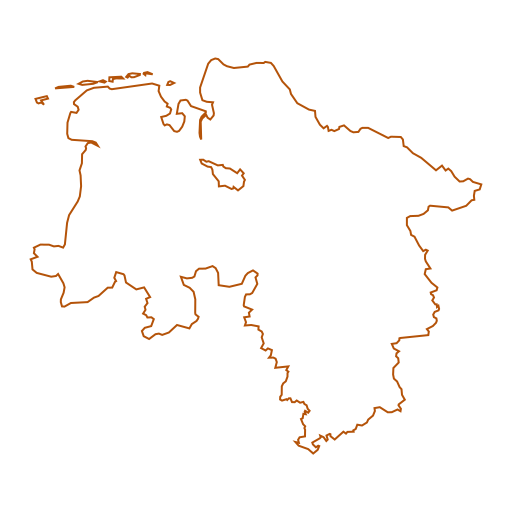 an SVG outline of Niedersachsen
{"feature_id": "DEU-1576", "entity_name": "Niedersachsen", "entity_type": "State", "adm_level": 1, "iso_a3": "DEU", "parent_name": "Germany", "parent_adm1": "", "projection": "albers", "projection_center": [9.302, 52.591], "detail": "fine", "context": "isolated", "style": "outline", "palette": "amber", "viewbox_px": 512, "rotation_deg": 0, "n_neighbors": 0, "source": "natural_earth", "source_scale": "10m", "svg_char_len": 5972}
<svg xmlns="http://www.w3.org/2000/svg" viewBox="0 0 512 512"><path d="M69.1,215.1L77.7,201.5L79.8,196.5L81.1,186.2L80.6,175.4L79.5,170.4L81.9,163.3L82.1,154.2L85.7,150.0L86.1,148.2L85.5,146.5L87.8,143.1L91.2,142.5L97.9,145.9L95.8,142.6L92.3,141.2L71.7,139.8L68.4,138.1L67.2,133.8L67.5,122.6L70.3,113.2L71.1,111.9L76.5,112.9L78.6,109.8L77.7,106.7L74.0,104.1L73.9,102.1L75.2,100.4L86.8,90.4L93.9,87.8L107.8,86.6L109.7,88.6L111.8,89.2L152.1,83.5L159.3,85.7L158.6,91.1L161.0,96.7L164.6,101.5L167.6,103.7L166.8,106.5L170.2,107.8L171.2,109.4L170.0,113.5L166.3,115.8L161.2,117.0L163.5,124.0L164.7,125.4L166.9,124.4L169.5,125.1L174.2,131.1L177.0,131.8L179.1,130.9L182.2,126.7L184.3,121.5L184.8,116.3L182.2,113.2L176.8,113.8L178.5,103.9L180.5,100.5L185.8,99.8L187.5,100.6L191.0,106.1L205.8,111.3L205.8,112.5L201.6,116.7L200.1,120.0L199.5,132.9L200.0,136.6L201.2,139.5L200.7,121.7L202.2,118.5L206.2,114.9L207.6,117.7L210.3,119.5L213.6,115.5L213.9,113.2L212.0,104.7L213.0,102.3L206.8,101.8L202.4,100.2L200.1,92.6L200.1,87.5L208.2,63.7L211.2,60.1L215.2,58.5L218.2,59.1L223.5,64.4L226.9,66.2L233.9,68.0L247.8,66.6L249.5,64.6L256.6,62.9L263.7,63.0L265.2,61.9L270.9,62.9L273.7,66.0L282.4,81.5L289.8,89.4L291.0,94.0L297.3,103.2L309.0,109.6L315.0,110.9L315.5,116.9L319.9,124.7L323.6,128.3L327.0,125.9L327.9,127.0L328.6,130.9L331.5,129.8L334.3,131.1L339.0,129.0L339.4,126.9L344.0,125.4L350.4,131.0L353.4,132.3L358.4,131.9L360.5,128.8L362.3,127.9L368.2,127.9L388.2,138.0L391.0,136.7L400.8,137.0L402.9,139.5L403.7,146.1L407.0,147.3L412.9,153.2L421.3,157.9L436.0,170.3L442.0,165.6L445.6,170.5L448.3,168.6L451.2,171.1L454.6,176.7L459.6,181.5L463.2,181.3L468.0,178.6L470.1,179.2L472.9,181.9L481.3,184.4L479.7,189.4L474.7,190.9L473.9,195.8L474.3,199.8L471.6,200.3L466.2,205.8L452.1,210.6L448.3,207.4L430.1,205.7L428.6,206.7L427.9,210.3L423.6,213.9L418.5,215.8L410.2,216.1L406.9,217.9L406.9,225.2L410.4,231.0L411.1,234.9L414.5,236.7L419.1,245.5L423.2,251.1L425.8,249.7L427.7,250.6L425.1,254.8L425.0,258.8L425.8,261.4L430.4,268.5L425.8,269.2L424.7,274.1L431.5,282.8L437.4,287.5L436.6,290.3L430.7,292.5L431.1,294.2L433.0,295.2L434.0,297.5L432.3,300.4L435.2,304.3L436.7,304.3L437.0,307.0L438.4,305.8L439.1,308.9L438.5,310.4L434.7,311.9L433.2,314.6L433.9,317.1L436.4,318.4L436.8,320.8L436.0,322.8L432.9,326.0L426.9,329.1L428.8,331.5L428.3,335.1L400.2,338.0L399.4,338.3L399.3,340.3L396.6,343.2L391.8,343.9L393.8,348.5L399.0,351.3L396.5,353.4L396.1,356.3L398.2,358.2L398.7,362.5L393.4,368.0L393.1,374.5L393.9,378.6L397.1,381.5L399.6,387.1L401.5,389.2L402.0,394.8L404.8,399.7L398.7,404.4L398.5,405.3L400.9,408.8L400.5,411.2L397.5,409.5L391.8,412.2L387.8,412.3L379.8,407.2L374.5,408.1L374.9,411.0L373.0,415.6L368.2,419.6L366.9,422.5L362.0,425.5L357.3,424.7L355.7,429.0L353.3,430.4L353.6,431.7L347.4,431.9L346.0,433.6L343.4,431.7L334.7,439.5L330.5,436.2L330.4,434.2L329.7,433.9L326.5,435.5L327.7,439.6L326.3,441.0L323.6,437.2L320.2,435.6L320.7,437.3L319.8,438.3L312.3,442.6L312.9,444.4L315.9,447.3L318.2,445.7L319.2,446.1L317.7,449.8L313.2,453.5L308.2,449.1L298.7,445.7L295.4,442.0L298.9,442.8L298.1,439.8L299.6,437.3L305.0,436.4L305.1,429.7L304.4,428.1L305.2,426.3L303.1,424.2L301.0,419.0L302.7,418.2L303.4,413.8L305.7,414.2L304.7,411.7L305.1,410.8L308.2,412.7L309.6,410.8L307.7,408.8L306.6,405.3L304.4,404.0L303.4,401.9L300.1,402.7L296.7,400.5L294.7,402.2L292.0,402.1L290.4,398.3L288.9,398.3L287.2,400.0L286.4,399.2L282.0,400.6L280.1,399.5L280.2,396.8L281.7,394.8L281.8,386.3L283.2,383.4L285.8,381.3L287.5,376.6L287.5,373.1L288.4,371.7L286.3,370.1L288.3,366.4L275.3,367.8L276.8,362.1L275.6,358.7L273.4,357.6L269.0,357.7L270.8,355.4L271.9,350.1L267.9,348.4L265.6,350.5L261.1,348.1L263.7,343.4L261.7,337.3L262.9,334.0L261.7,331.5L258.4,329.6L258.6,326.4L251.2,325.0L244.9,325.5L246.0,322.2L244.2,317.3L249.6,316.5L248.9,312.7L252.1,309.6L244.1,306.4L243.7,305.2L244.9,296.9L246.1,294.4L249.9,294.3L252.2,293.0L257.3,283.9L255.5,277.4L257.5,275.4L257.6,273.6L253.0,270.4L247.8,273.1L245.4,275.7L241.8,283.8L229.4,286.8L218.7,285.2L218.1,272.9L215.6,268.1L212.5,266.1L205.5,268.6L199.0,268.7L196.0,271.2L194.4,276.5L192.2,277.8L186.9,278.4L180.9,276.8L183.8,284.9L189.7,287.8L193.6,291.8L195.3,299.3L195.2,313.0L195.5,314.4L198.6,316.8L198.0,318.8L196.5,321.0L191.8,324.1L189.4,328.4L177.0,325.0L168.9,332.5L162.2,334.9L158.9,333.6L155.5,334.2L149.1,339.0L143.7,336.2L141.9,331.0L144.8,327.8L151.2,326.1L153.8,319.1L151.4,317.3L147.4,317.5L146.2,315.2L143.1,313.6L145.5,309.8L144.7,306.7L147.5,303.1L146.1,298.8L150.1,297.1L144.1,287.4L136.3,289.4L126.0,282.5L124.5,275.5L123.5,274.2L116.2,272.1L114.3,277.8L116.1,281.1L115.0,281.8L112.2,287.6L107.7,287.7L98.5,296.0L94.0,297.6L87.6,302.1L70.9,303.0L64.5,306.6L62.0,306.4L60.8,302.1L60.9,299.3L63.6,292.8L64.6,287.3L63.4,283.3L58.1,274.0L56.0,276.0L51.2,276.7L36.7,272.9L32.5,269.4L31.8,261.7L30.7,259.3L37.5,256.8L33.9,253.2L34.6,249.3L33.9,247.7L40.4,244.6L49.1,244.7L53.9,246.4L58.5,245.9L63.1,247.6L64.9,244.4L67.1,222.8L69.1,215.1ZM206.4,161.7L203.2,159.7L200.2,159.8L201.7,163.5L207.6,166.6L211.1,167.1L212.4,169.7L212.9,174.1L218.7,181.3L218.9,186.4L225.0,185.7L231.6,189.0L233.3,188.4L233.6,186.9L238.0,190.4L243.4,186.1L244.0,181.7L244.9,179.9L242.0,175.6L243.7,173.3L240.1,169.4L237.2,173.2L229.9,168.5L225.8,168.2L223.3,166.5L222.8,164.9L217.8,165.4L208.7,161.2L206.4,161.7ZM78.6,83.8L82.8,81.5L87.6,80.8L97.8,82.1L93.2,83.8L82.2,84.9L78.6,83.8ZM48.0,98.6L41.1,100.4L44.0,104.7L41.3,102.5L38.5,103.4L36.9,102.5L35.5,98.9L46.8,96.1L48.0,98.6ZM109.4,77.3L121.3,76.7L123.1,78.5L116.0,78.4L112.9,79.1L112.6,81.7L109.2,81.0L109.4,77.3ZM126.2,76.9L128.5,74.1L132.3,73.3L139.9,74.0L139.8,75.0L134.0,77.2L131.4,77.3L129.3,75.8L127.6,77.6L126.2,76.9ZM55.1,88.4L58.5,86.9L70.8,85.7L74.2,86.9L55.1,88.4ZM167.2,84.9L168.4,82.0L170.2,81.2L174.1,83.0L170.0,85.0L167.2,84.9ZM145.3,75.1L143.6,73.8L144.0,72.9L147.5,72.1L152.7,74.3L145.5,73.3L145.3,75.1ZM99.6,81.4L103.0,80.2L105.8,81.6L104.5,82.6L99.6,81.4Z" fill="none" stroke="#b45309" stroke-width="2"/></svg>